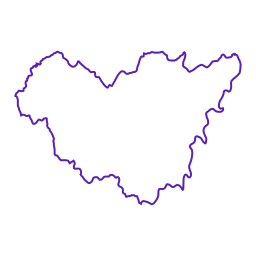 the district of Santa Fé de Minas, Minas Gerais, Brazil
{"feature_id": "56859067B85446115139738", "entity_name": "Santa Fé de Minas", "entity_type": "district", "adm_level": 2, "iso_a3": "BRA", "parent_name": "Brazil", "parent_adm1": "Minas Gerais", "projection": "equal_earth", "projection_center": [-45.545, -16.733], "detail": "fine", "context": "isolated", "style": "outline", "palette": "violet", "viewbox_px": 256, "rotation_deg": 0, "n_neighbors": 0, "source": "geoboundaries", "source_scale": "gbopen_adm2", "svg_char_len": 5697}
<svg xmlns="http://www.w3.org/2000/svg" viewBox="0 0 256 256"><path d="M21.1,115.4L22.4,114.8L23.7,114.7L24.8,115.1L26.3,116.0L27.5,115.9L28.7,115.4L29.5,115.6L29.9,117.4L30.7,118.9L31.5,120.0L31.9,121.1L32.3,122.4L32.9,123.5L33.9,123.9L34.8,123.7L36.2,122.7L36.9,121.8L38.0,120.4L38.8,119.7L39.9,119.7L40.6,120.2L41.4,120.5L42.4,120.4L43.8,118.7L46.0,118.1L46.7,118.5L46.9,122.1L47.4,123.2L47.4,124.1L47.1,125.2L47.4,126.6L48.1,127.8L49.1,128.6L49.7,129.4L49.9,130.7L51.4,132.7L52.9,135.8L53.3,137.1L53.8,138.0L53.9,139.4L53.3,140.7L53.5,141.9L53.8,142.9L53.9,145.4L54.4,147.9L54.6,149.2L54.6,153.9L55.2,155.0L56.1,155.4L57.2,155.6L58.3,157.0L59.8,159.3L61.0,160.2L62.3,160.3L64.0,160.1L67.5,160.5L68.3,160.9L68.8,161.6L69.1,162.5L69.8,163.3L71.4,162.0L72.3,161.6L73.5,160.7L74.4,162.0L74.7,163.3L74.6,164.4L74.0,165.8L73.8,167.0L74.0,168.2L74.8,168.7L78.9,168.6L79.8,169.0L80.6,170.0L80.9,171.0L81.1,172.3L81.0,173.4L80.6,174.5L81.3,175.6L82.3,176.5L84.6,179.7L87.8,182.6L88.8,183.1L90.0,182.9L91.0,182.2L91.8,181.4L92.6,179.8L93.2,178.3L93.8,177.6L95.7,177.1L96.7,177.1L97.7,177.6L99.7,179.8L101.4,179.5L102.1,179.1L104.1,176.8L105.6,176.6L108.6,176.5L109.5,176.0L110.1,175.1L111.3,174.9L112.3,175.0L113.4,175.4L114.2,176.1L115.7,177.7L116.4,177.6L117.1,177.1L118.1,177.1L119.0,178.2L119.3,179.7L119.2,181.2L118.4,183.6L118.3,184.8L118.7,185.6L119.4,186.3L121.5,187.4L122.3,188.1L122.9,189.3L122.8,191.7L123.0,192.6L123.5,193.4L124.6,193.7L125.3,194.5L125.6,195.5L126.1,196.7L127.1,196.6L128.1,196.2L130.8,195.8L131.7,195.1L133.0,195.4L133.9,195.1L135.4,196.2L137.1,196.2L137.8,198.4L138.3,199.4L138.7,200.6L138.8,201.9L139.3,202.9L140.2,203.1L141.0,203.8L141.5,202.4L142.4,201.5L143.4,201.0L147.2,201.9L151.7,204.2L152.6,204.0L153.7,203.4L154.5,202.5L156.0,200.5L157.4,198.3L157.9,196.9L158.3,195.4L158.4,191.6L158.7,190.0L159.4,189.0L160.4,188.8L162.5,189.1L164.1,188.6L164.7,188.1L165.5,187.0L166.6,184.6L167.3,184.2L169.0,184.6L170.3,185.4L171.7,186.6L172.8,187.0L173.8,186.9L176.5,185.1L177.7,185.0L178.7,185.3L179.9,186.0L181.4,187.8L182.1,189.1L182.8,189.7L183.3,188.9L183.3,187.9L183.6,178.6L183.8,177.4L184.3,176.1L184.9,175.0L185.8,174.6L186.6,174.9L187.8,176.6L188.6,177.3L189.8,177.3L190.6,176.4L190.9,175.4L191.0,173.9L190.8,172.6L189.3,168.2L189.1,167.2L189.2,165.8L191.0,160.8L191.7,158.0L192.1,155.7L192.3,152.7L192.2,151.5L191.9,149.9L189.8,146.8L190.1,145.7L190.6,144.8L191.5,144.1L193.3,143.1L194.0,142.5L194.7,141.5L195.0,140.3L195.1,138.6L195.4,137.1L196.4,136.3L197.4,136.4L199.5,137.2L200.4,137.8L201.2,138.5L203.3,141.9L205.1,143.4L205.9,142.7L206.2,140.7L206.3,138.7L206.0,137.5L205.0,135.7L204.0,133.1L203.6,131.8L203.5,130.3L203.9,128.4L204.5,127.3L205.1,126.5L205.9,125.8L206.7,125.3L207.4,124.7L207.9,123.9L208.2,122.5L208.0,120.6L207.5,118.9L206.9,117.8L206.1,114.0L206.3,113.0L207.1,112.0L208.0,111.5L209.9,109.8L211.4,109.0L212.3,108.8L213.4,109.1L215.2,110.7L216.1,111.3L217.9,111.8L220.5,111.8L221.5,111.5L222.5,110.8L223.1,109.8L223.0,108.3L220.6,108.6L219.7,108.1L219.2,107.4L218.9,106.3L218.9,104.9L219.4,102.5L219.9,101.1L222.4,96.8L223.0,95.5L223.5,94.1L223.8,92.1L224.2,91.0L224.9,90.6L225.7,90.4L226.9,90.5L228.8,91.6L229.8,91.2L230.4,90.3L231.1,88.1L231.2,86.7L231.0,83.3L231.5,80.9L233.6,78.7L235.3,77.4L237.1,75.8L239.5,73.2L239.9,71.7L240.2,70.0L240.6,65.5L240.6,64.1L240.3,62.8L239.9,61.4L238.6,58.8L237.5,56.1L236.8,55.1L235.7,54.7L234.9,53.9L234.3,54.7L233.3,54.1L232.2,54.8L231.8,56.3L230.6,57.2L227.4,57.7L226.5,57.7L225.8,57.4L224.3,55.2L223.5,54.7L222.4,54.7L221.6,55.5L220.9,57.3L219.2,58.9L218.2,60.4L217.4,60.9L216.2,61.1L215.0,61.0L212.4,61.6L209.8,65.2L207.9,66.9L207.0,67.4L205.9,67.0L203.4,65.5L202.0,64.9L201.2,64.8L199.0,65.7L196.6,67.4L193.6,69.8L190.6,71.4L189.5,71.8L188.5,71.2L187.7,69.9L186.8,68.8L183.8,66.7L183.1,66.0L183.2,62.8L183.5,61.3L184.7,58.5L185.3,55.9L185.3,54.2L184.9,53.0L184.3,52.3L183.5,52.9L182.6,54.9L180.7,55.7L179.9,56.5L179.3,57.6L177.2,58.9L176.5,59.8L175.5,60.0L174.5,60.6L173.7,60.6L172.7,60.4L171.9,60.6L169.4,60.3L168.3,59.9L167.7,59.1L167.1,57.3L167.1,55.9L166.6,55.1L165.5,54.7L164.4,53.7L162.6,51.8L161.5,51.9L160.5,52.3L158.9,52.6L154.6,52.7L152.8,52.2L151.8,52.0L149.6,53.2L147.5,53.3L146.8,53.7L145.9,54.0L144.0,53.4L143.6,56.4L142.5,56.7L141.5,56.5L140.6,57.4L140.3,58.6L139.8,59.5L139.5,60.6L138.5,64.2L137.5,66.7L137.0,69.2L136.6,70.7L135.7,71.5L134.9,71.9L132.9,72.2L130.8,73.0L129.9,72.9L128.2,73.8L127.4,73.9L126.5,73.7L125.8,73.3L124.3,71.8L123.2,71.3L121.7,71.3L120.9,71.7L118.8,73.9L117.5,75.9L115.5,79.5L114.8,80.9L111.9,85.9L110.7,85.6L109.8,85.0L109.1,85.5L107.7,87.6L106.7,87.4L104.1,84.9L101.2,80.8L99.8,78.3L99.0,77.2L96.9,77.1L95.7,76.7L95.2,75.5L95.0,72.6L94.3,72.0L92.6,71.9L91.6,72.2L90.7,72.1L90.0,71.5L88.2,69.4L85.6,68.1L83.0,65.6L81.9,64.8L80.2,63.1L79.0,61.5L78.1,61.4L77.0,63.9L75.5,65.8L74.5,66.4L73.5,66.7L72.5,66.7L71.6,66.3L69.2,64.5L68.5,63.4L67.8,61.2L66.9,60.3L65.6,59.1L63.2,57.7L62.7,54.9L62.2,53.7L61.2,53.0L60.1,52.9L58.3,52.1L57.4,51.8L56.4,52.1L55.5,53.0L53.8,53.4L53.1,54.3L52.4,54.9L51.6,55.0L51.0,55.4L50.4,56.2L48.2,57.0L46.7,57.1L45.9,57.5L44.9,58.4L42.9,59.1L42.6,60.1L40.9,61.1L40.3,62.1L40.8,63.5L39.9,64.5L39.1,64.5L38.2,63.8L36.8,63.6L37.3,64.7L36.5,66.6L35.7,66.7L35.4,65.4L34.0,66.3L33.3,66.4L32.8,67.7L30.9,68.5L30.7,69.7L30.8,70.9L32.1,74.1L31.6,75.3L29.4,75.7L28.3,76.2L28.3,77.2L27.9,78.2L27.1,78.6L27.3,79.9L26.9,80.9L26.2,81.0L25.6,82.2L25.6,83.6L25.9,84.5L26.1,85.5L26.1,86.4L24.8,87.9L23.7,88.5L23.4,90.9L21.1,91.2L20.0,90.8L18.8,90.7L17.4,92.5L16.5,93.1L15.7,94.6L15.4,96.0L16.5,96.5L17.2,97.4L17.9,100.3L17.8,103.2L17.9,105.8L18.3,107.0L19.0,108.3L19.2,109.7L20.7,113.1L21.1,115.4Z" fill="none" stroke="#5b21b6" stroke-width="2"/></svg>